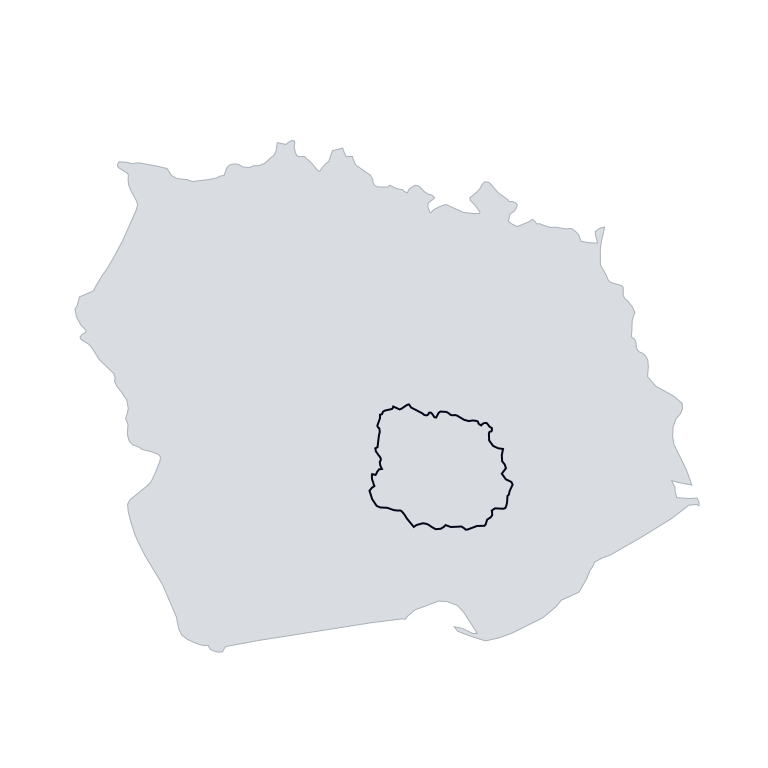 location of Kuyavian-Pomeranian within Poland, rotated 168°
{"feature_id": "POL-3145", "entity_name": "Kuyavian-Pomeranian", "entity_type": "Voivodeship", "adm_level": 1, "iso_a3": "POL", "parent_name": "Poland", "parent_adm1": "", "projection": "mercator", "projection_center": [18.543, 52.987], "detail": "fine", "context": "in_parent", "style": "outline", "palette": "ink", "viewbox_px": 768, "rotation_deg": 168, "n_neighbors": 0, "source": "natural_earth", "source_scale": "10m", "svg_char_len": 5578}
<svg xmlns="http://www.w3.org/2000/svg" viewBox="0 0 768 768"><g transform="rotate(168 384 384)"><path d="M642.7,431.1L645.8,437.5L647.0,442.5L645.7,446.4L646.1,450.3L657.6,467.3L661.9,479.5L664.6,484.3L671.0,490.5L671.6,493.0L669.0,495.3L665.3,496.3L664.2,498.4L668.1,504.2L670.9,513.8L670.7,521.6L668.5,523.6L665.8,528.3L663.9,532.5L648.9,535.5L645.2,540.0L637.0,548.8L631.4,553.9L623.1,562.9L609.9,578.5L590.9,604.6L587.6,610.6L588.3,615.5L591.7,627.0L592.4,632.2L591.8,637.0L590.7,641.3L590.9,643.2L599.0,651.1L599.3,652.7L598.6,654.8L596.9,656.4L590.6,654.7L583.6,651.5L581.2,651.8L577.4,651.1L561.9,644.8L551.3,639.8L550.3,636.6L548.3,631.9L543.8,628.0L533.6,624.6L529.4,621.9L512.7,620.4L505.5,620.3L500.4,621.4L497.1,621.3L492.6,628.3L489.5,630.3L485.0,630.5L481.0,629.3L476.9,625.6L470.4,623.7L465.7,624.6L462.2,623.8L459.3,623.6L458.2,624.4L455.8,624.3L452.3,626.0L448.5,628.5L444.3,630.4L441.1,634.4L438.2,642.3L430.1,638.7L427.3,640.3L423.5,641.3L420.9,640.2L421.5,637.5L422.7,634.5L422.6,630.2L421.9,625.4L419.3,623.9L415.5,623.3L413.6,622.4L413.4,620.8L411.4,618.8L408.1,613.7L404.9,607.3L402.7,605.4L399.5,608.4L394.7,611.9L391.7,613.1L385.9,623.0L375.4,623.3L374.8,618.7L373.7,614.2L367.6,613.1L367.4,610.5L366.1,604.0L353.9,591.1L352.4,585.8L352.9,583.7L352.0,580.3L349.4,578.2L339.7,575.8L337.2,577.2L335.0,575.7L331.4,572.6L325.3,570.1L324.7,568.8L322.5,566.6L321.2,566.3L320.4,567.7L318.7,569.6L312.4,572.0L309.9,571.0L307.6,568.9L305.0,564.4L301.2,560.4L298.1,559.0L296.3,556.9L295.9,555.3L302.8,552.1L304.3,548.7L303.5,542.6L302.4,541.8L299.7,543.9L293.9,545.7L288.6,546.6L285.9,546.6L270.7,535.4L260.8,532.0L255.0,531.0L254.4,532.1L257.0,538.4L261.6,546.1L261.4,548.2L252.8,552.7L249.2,555.4L246.1,559.1L243.5,560.7L241.2,560.3L238.7,558.5L232.4,547.1L224.5,538.4L223.6,536.4L221.1,536.0L217.6,534.0L216.4,531.3L218.2,528.5L220.6,525.9L224.9,524.4L226.2,522.9L226.9,520.6L228.5,517.7L228.1,516.7L225.1,513.4L220.6,510.3L208.1,512.6L204.7,514.3L202.8,512.1L201.3,508.9L198.2,508.3L193.9,505.4L188.8,502.6L183.8,501.8L173.4,497.7L169.4,497.5L167.1,496.1L164.7,493.0L162.6,489.5L161.6,482.6L153.9,479.5L146.3,477.5L145.8,478.5L146.1,485.5L145.7,489.2L140.7,491.5L135.7,491.7L136.0,490.6L141.9,478.0L144.6,470.1L147.6,455.6L144.0,444.2L143.0,438.8L141.2,436.2L130.8,430.6L130.0,428.6L131.6,421.0L130.8,417.8L128.3,414.4L125.0,407.6L123.7,401.9L127.9,395.1L130.8,383.4L132.4,378.6L129.6,375.9L128.9,372.2L129.7,366.8L128.2,362.8L124.5,360.2L122.1,356.7L121.0,352.4L121.9,345.7L124.7,336.5L118.7,325.4L103.6,312.3L96.4,303.2L97.0,298.0L100.2,293.2L105.9,289.0L110.3,281.4L112.7,272.4L112.9,264.3L106.2,237.9L105.2,231.3L103.9,221.1L117.1,226.7L122.7,229.8L122.0,226.3L120.8,223.2L121.6,218.7L121.2,211.9L109.2,208.5L101.3,207.3L100.4,202.6L101.2,199.5L103.4,201.3L111.2,202.0L130.3,192.8L163.3,180.9L198.5,169.6L206.8,168.4L215.1,166.0L218.1,161.8L221.2,159.0L226.0,151.6L236.6,139.9L255.4,135.7L262.4,130.2L277.1,122.4L310.5,113.7L324.5,111.8L338.2,111.6L350.4,118.5L363.4,126.9L365.7,132.0L358.7,128.9L348.5,121.2L344.7,120.9L353.4,144.0L358.2,152.1L367.8,158.2L375.9,160.3L400.7,156.6L409.5,151.8L412.1,149.3L414.4,150.5L446.9,153.2L559.9,159.2L592.4,160.1L594.3,159.5L597.7,155.6L601.7,156.1L606.5,158.5L608.7,160.3L609.7,162.3L610.3,164.7L612.9,165.2L617.6,166.9L624.1,171.0L629.2,174.9L634.0,180.5L635.6,186.9L635.7,194.0L635.4,198.7L642.3,233.7L653.3,265.5L657.4,280.8L659.0,288.9L660.2,300.6L660.6,308.9L660.6,313.5L659.8,319.8L656.5,323.6L635.5,334.3L631.5,337.6L625.3,345.9L619.6,354.5L618.3,357.4L617.9,359.3L619.2,362.1L626.7,366.7L634.2,370.3L636.7,373.1L642.3,376.6L644.3,379.7L645.4,382.5L645.4,388.8L642.8,397.5L643.9,404.1L641.3,408.4L639.2,413.3L638.9,421.8L642.7,431.1Z" fill="#d9dde1" stroke="#a8b0b8" stroke-width="1"/><path d="M420.4,282.6L417.6,284.9L414.6,286.2L415.0,288.1L415.0,289.9L415.5,292.8L415.3,294.7L415.0,296.5L414.5,298.2L413.4,298.0L412.3,297.3L411.2,296.8L410.0,298.0L408.9,299.6L406.5,301.6L403.7,301.3L404.6,305.2L404.3,308.7L403.1,310.0L402.6,311.9L403.3,313.9L404.2,315.7L405.9,319.7L405.9,322.9L403.5,323.5L399.6,334.9L398.1,338.0L397.8,341.6L398.9,342.8L399.2,344.6L394.9,351.6L394.7,353.2L394.3,354.8L393.2,354.8L392.1,355.0L391.4,356.1L390.8,357.1L388.6,357.8L381.5,357.9L380.5,358.5L380.1,359.4L379.6,360.1L374.1,355.9L372.0,356.2L366.0,358.7L363.9,358.9L362.3,355.3L352.8,347.5L351.1,345.4L349.1,344.5L348.0,344.6L346.9,345.1L346.4,346.1L345.5,346.6L344.1,346.2L343.0,344.6L342.3,343.0L341.8,341.3L341.0,340.7L339.9,340.4L336.6,344.4L334.6,345.3L328.7,343.7L326.9,342.0L325.2,339.9L323.3,339.1L321.1,338.9L319.1,337.9L313.2,332.4L308.8,330.1L304.8,329.9L301.1,328.6L300.5,328.2L300.0,327.7L299.8,326.1L299.3,324.8L297.5,323.3L296.5,324.2L294.2,325.0L291.8,324.6L290.7,322.7L289.8,320.5L287.7,318.5L288.1,316.0L289.1,315.3L290.1,315.3L291.0,315.0L291.7,313.7L292.9,306.9L290.1,300.7L285.7,297.4L281.1,295.7L283.6,289.8L284.5,283.8L282.7,280.3L282.2,276.3L287.4,271.8L284.7,265.5L279.8,261.7L279.1,258.8L283.3,253.3L284.9,249.8L286.5,248.8L288.2,242.7L289.6,239.6L291.2,237.4L293.3,237.2L301.3,239.3L304.9,237.8L305.0,235.8L305.2,234.4L305.5,233.1L307.4,231.4L311.3,229.9L313.7,225.6L315.2,224.4L322.5,225.8L332.3,224.3L334.3,224.5L336.0,226.7L337.9,228.5L348.3,230.2L353.2,233.2L355.4,231.7L358.7,230.6L363.4,231.2L364.5,231.9L365.3,232.8L366.2,233.4L370.0,237.3L371.8,238.5L374.9,239.7L381.5,239.3L384.6,238.0L389.6,247.7L391.1,251.9L392.8,255.2L393.7,256.5L395.1,257.1L396.1,257.1L400.6,258.6L406.7,262.3L413.3,264.0L416.5,266.3L419.5,273.8L420.4,282.6Z" fill="none" stroke="#020617" stroke-width="2"/></g></svg>